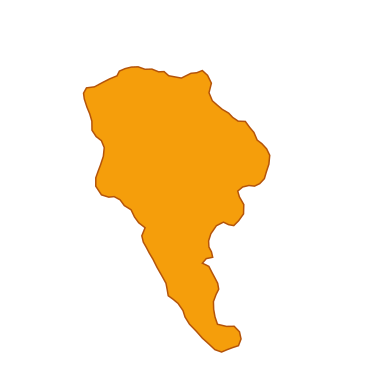 outline of Oratórios, Minas Gerais, Brazil, rotated 320°
{"feature_id": "56859067B13192127108265", "entity_name": "Oratórios", "entity_type": "district", "adm_level": 2, "iso_a3": "BRA", "parent_name": "Brazil", "parent_adm1": "Minas Gerais", "projection": "mercator", "projection_center": [-42.797, -20.437], "detail": "fine", "context": "isolated", "style": "filled", "palette": "amber", "viewbox_px": 384, "rotation_deg": 320, "n_neighbors": 0, "source": "geoboundaries", "source_scale": "gbopen_adm2", "svg_char_len": 1575}
<svg xmlns="http://www.w3.org/2000/svg" viewBox="0 0 384 384"><g transform="rotate(320 192 192)"><path d="M256.0,228.3L262.0,224.3L268.8,220.1L275.1,213.9L276.9,206.9L276.6,200.1L275.3,194.1L277.7,186.2L277.7,179.5L278.2,172.2L272.9,167.4L271.1,161.0L270.8,155.2L268.3,148.2L267.1,141.2L266.2,135.2L268.8,126.9L276.8,121.1L278.9,112.6L278.0,105.6L272.3,103.7L267.5,100.4L257.1,97.9L253.2,93.2L248.9,88.0L248.0,81.8L243.7,78.5L240.3,72.1L234.9,67.8L231.2,61.5L225.8,57.3L220.1,54.5L214.1,52.7L209.2,54.8L201.6,52.4L194.7,50.8L184.8,48.7L178.1,44.4L172.4,46.6L169.3,51.5L166.1,59.4L163.9,66.4L160.8,73.4L155.1,80.4L154.2,87.9L155.6,94.4L153.3,101.6L147.0,107.7L139.1,112.6L133.7,115.6L127.4,119.3L122.0,125.7L120.8,136.0L124.9,142.4L129.4,145.5L131.9,151.8L131.4,158.9L133.9,166.5L131.9,174.1L131.4,181.3L133.1,189.2L125.4,193.3L122.5,199.1L121.4,205.1L120.0,211.5L118.9,218.4L116.8,227.1L114.8,238.2L113.4,245.2L110.5,250.4L107.1,256.2L108.5,261.7L109.7,268.3L108.9,277.0L106.3,283.3L105.1,291.6L105.8,301.6L106.0,310.7L107.2,319.2L108.2,327.5L111.8,333.6L117.7,335.4L123.1,337.3L128.8,339.6L135.1,336.1L138.5,329.6L138.0,322.0L132.0,317.1L126.5,309.7L129.3,302.5L133.1,295.9L138.0,289.7L144.5,286.0L150.0,283.6L153.0,278.4L154.2,273.0L155.6,266.3L157.1,259.8L154.2,253.2L160.1,252.2L165.9,255.3L168.4,250.4L169.6,245.0L173.3,240.1L179.6,236.1L189.0,233.5L196.7,235.3L199.0,240.5L202.4,244.6L209.2,244.0L217.4,241.9L223.6,234.9L225.2,226.1L227.6,220.7L234.0,220.7L239.8,223.6L243.7,227.7L249.2,229.1L256.0,228.3Z" fill="#f59e0b" stroke="#b45309" stroke-width="1.5"/></g></svg>